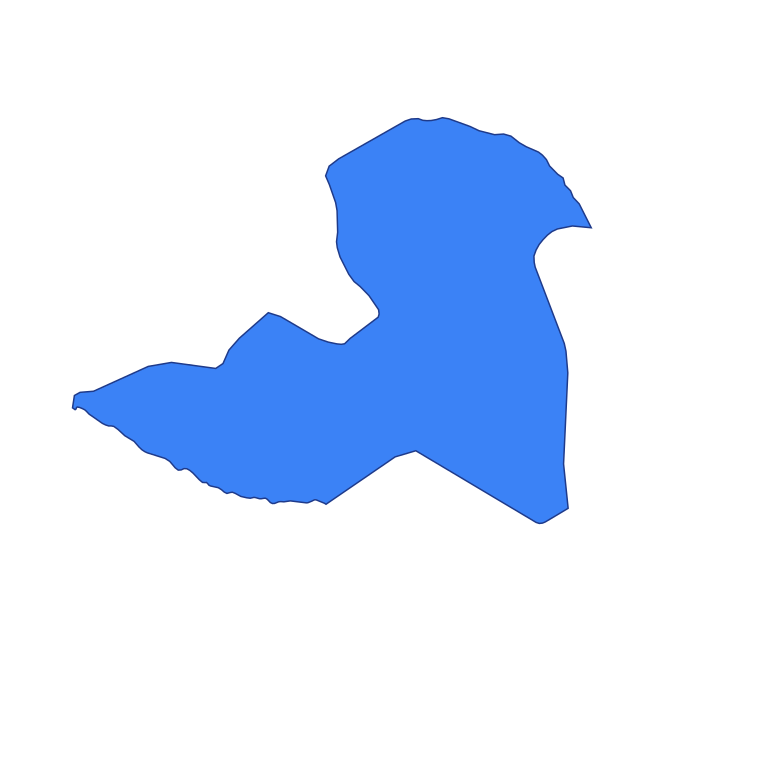 an SVG outline of Lakes, rotated 144°
{"feature_id": "SDS-863", "entity_name": "Lakes", "entity_type": "State", "adm_level": 1, "iso_a3": "SSD", "parent_name": "South Sudan", "parent_adm1": "", "projection": "robinson", "projection_center": [30.344, 6.76], "detail": "fine", "context": "isolated", "style": "filled", "palette": "blue", "viewbox_px": 768, "rotation_deg": 144, "n_neighbors": 0, "source": "natural_earth", "source_scale": "10m", "svg_char_len": 2007}
<svg xmlns="http://www.w3.org/2000/svg" viewBox="0 0 768 768"><g transform="rotate(144 384 384)"><path d="M308.1,175.2L334.6,177.6L337.5,178.3L340.3,179.9L342.3,182.6L397.5,311.3L417.8,318.5L501.6,320.8L502.2,322.4L506.9,330.0L508.0,331.0L509.5,331.4L511.0,331.6L515.4,332.7L516.7,333.5L528.5,344.5L534.2,347.5L536.7,349.6L538.4,350.6L542.7,351.7L544.5,352.9L545.6,354.9L546.2,359.3L546.9,361.1L547.9,361.9L550.9,363.4L552.2,364.4L554.6,367.5L555.8,368.7L559.3,370.2L561.9,372.6L565.9,377.2L568.6,382.9L570.3,385.6L572.4,386.7L575.4,387.8L576.8,390.5L577.6,394.0L579.0,397.5L584.3,403.5L585.1,405.0L585.2,407.0L585.5,408.7L586.7,409.4L588.7,411.1L589.7,415.2L590.9,424.3L591.9,428.3L593.3,431.3L595.5,433.1L598.6,433.7L601.1,435.3L602.2,439.0L602.8,447.3L604.8,452.4L615.9,467.4L617.3,469.9L618.5,473.1L619.2,476.7L619.9,484.5L624.1,494.5L625.9,503.6L627.5,508.5L629.5,510.6L631.3,511.8L633.3,514.5L635.0,517.7L640.3,533.0L640.8,536.9L641.3,539.1L642.6,541.6L644.1,544.0L645.7,545.7L646.7,545.6L647.8,544.8L649.0,544.8L650.0,547.8L641.2,556.7L634.8,555.9L623.3,548.9L564.4,536.8L543.3,526.4L511.0,495.5L502.2,495.2L489.5,502.6L474.0,506.1L435.7,509.7L428.1,499.4L410.4,459.0L404.5,450.7L398.5,444.1L395.2,441.2L392.2,439.7L384.5,440.8L349.4,441.5L346.8,443.5L344.7,447.3L344.2,464.3L346.0,476.8L348.0,484.5L348.0,493.4L344.9,512.6L341.7,521.7L338.8,527.0L332.3,534.0L320.1,551.8L316.5,559.2L311.0,577.4L308.9,586.7L300.3,592.5L288.2,592.8L212.3,584.3L206.2,582.4L200.3,578.5L197.6,574.5L194.5,571.8L190.9,569.4L186.1,567.1L180.2,565.1L175.6,560.4L162.9,541.6L158.3,533.1L148.0,520.7L140.3,515.9L135.6,509.9L132.8,499.8L129.5,492.4L122.7,480.8L121.3,476.0L120.7,470.1L121.9,463.0L120.2,451.6L118.0,445.4L120.7,438.6L119.5,430.7L121.3,423.6L120.2,415.0L124.5,388.6L138.7,401.1L152.6,407.5L158.5,408.6L164.3,408.4L170.5,407.3L176.4,405.7L182.2,403.0L187.5,399.4L191.0,394.1L193.0,389.7L214.3,310.9L217.5,303.6L228.8,284.9L285.7,213.8L308.1,175.2Z" fill="#3b82f6" stroke="#1e3a8a" stroke-width="1.5"/></g></svg>